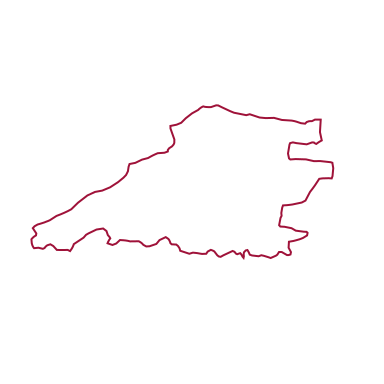 the district of Luncavita, Caras-Severin, Romania, rotated 299°
{"feature_id": "2599482B30693199299192", "entity_name": "Luncavita", "entity_type": "district", "adm_level": 2, "iso_a3": "ROU", "parent_name": "Romania", "parent_adm1": "Caras-Severin", "projection": "equal_earth", "projection_center": [22.223, 45.101], "detail": "fine", "context": "isolated", "style": "outline", "palette": "rose", "viewbox_px": 384, "rotation_deg": 299, "n_neighbors": 0, "source": "geoboundaries", "source_scale": "gbopen_adm2", "svg_char_len": 3471}
<svg xmlns="http://www.w3.org/2000/svg" viewBox="0 0 384 384"><g transform="rotate(299 192 192)"><path d="M288.0,204.8L285.5,202.2L281.7,190.3L281.2,186.0L280.9,181.6L280.6,177.2L280.4,172.9L279.5,171.1L275.5,167.5L274.5,165.8L273.6,164.0L272.8,162.2L272.3,160.3L271.3,159.6L270.3,159.0L269.2,158.5L268.1,158.0L266.9,157.7L260.8,153.9L253.5,150.8L247.3,149.0L243.4,145.9L239.3,141.1L237.1,142.4L229.4,151.1L226.4,152.7L224.7,152.9L222.2,152.4L219.2,150.8L217.1,150.5L215.7,151.2L213.0,148.9L209.3,143.2L207.2,141.6L205.0,140.0L202.7,138.5L200.4,137.1L196.1,132.6L190.0,128.3L186.2,123.8L183.4,124.3L179.1,125.9L174.9,126.1L171.2,125.1L164.7,122.5L156.4,118.1L149.7,112.8L145.0,107.1L138.3,102.2L127.4,97.5L118.4,94.8L115.0,92.6L111.7,90.2L108.5,87.7L105.4,85.1L98.5,81.4L96.9,80.2L95.4,78.9L93.9,77.7L92.4,76.3L90.5,74.5L88.7,72.7L85.7,70.9L83.2,70.3L80.3,75.9L78.4,76.6L77.8,76.2L77.1,75.9L76.4,75.5L75.7,75.2L75.0,75.0L74.3,74.8L73.6,74.6L72.8,74.5L69.5,76.7L68.7,77.5L67.9,78.3L67.3,79.2L66.7,80.1L66.3,81.1L68.8,84.7L70.0,89.1L71.5,90.2L72.4,90.3L73.3,90.5L74.2,90.8L75.1,91.2L75.7,91.7L77.6,93.5L77.5,96.9L75.8,101.9L77.1,104.3L78.4,106.7L79.7,109.0L81.1,111.4L81.2,114.0L82.2,114.1L83.2,114.2L84.2,114.3L85.2,114.3L86.1,114.3L87.1,114.2L88.1,114.1L89.1,113.9L99.5,119.3L103.2,120.1L105.7,121.6L112.9,126.7L117.0,132.0L116.4,136.1L113.5,139.3L112.6,141.8L111.8,143.0L110.4,142.8L109.0,142.8L107.6,142.8L106.2,143.0L107.1,148.1L110.2,150.7L115.1,152.3L115.5,153.2L116.5,155.3L117.4,157.4L118.2,159.6L118.8,161.8L123.1,169.3L123.1,170.7L123.0,172.2L122.7,173.6L122.2,175.0L122.2,178.4L124.0,181.2L129.3,186.0L134.2,186.9L139.8,190.9L139.5,194.1L139.0,195.2L138.3,196.2L137.6,197.1L136.8,197.9L136.4,199.6L138.4,203.7L138.0,205.9L136.7,208.4L134.9,210.2L136.7,219.6L139.4,222.2L140.3,224.3L141.2,226.5L141.9,228.6L142.7,230.8L144.9,234.4L147.5,234.6L150.5,236.5L150.7,237.5L150.8,238.5L150.9,239.5L150.8,240.4L148.9,244.8L148.6,246.7L149.2,248.5L151.8,250.1L160.1,256.1L160.3,258.1L159.4,260.4L159.5,261.7L161.9,263.8L161.6,264.7L161.1,265.7L160.6,266.6L160.0,267.4L159.4,269.0L161.0,268.5L161.8,267.9L162.6,267.4L163.5,267.0L164.4,266.7L166.9,267.3L168.1,268.6L167.5,269.7L166.8,270.8L166.0,271.9L165.2,272.9L165.6,275.3L168.1,281.4L170.3,283.3L171.0,285.7L171.5,288.0L172.0,290.4L172.4,292.8L177.0,296.3L178.5,297.0L181.7,297.2L183.0,299.6L182.9,305.7L183.3,306.4L183.7,307.1L184.3,307.7L184.9,308.2L185.1,308.4L187.4,307.7L190.1,303.5L195.5,300.9L198.4,304.5L200.2,306.4L201.5,307.7L202.8,309.0L204.2,310.2L205.7,311.4L209.8,313.7L212.3,312.9L212.7,311.5L211.5,309.1L208.5,301.5L208.6,296.6L206.4,289.7L204.6,286.0L205.2,284.3L212.2,282.0L214.6,281.9L216.9,280.3L222.0,278.5L224.4,278.1L225.5,279.8L226.5,281.4L227.7,283.1L228.8,284.6L229.7,285.8L236.0,293.1L239.5,295.4L249.3,295.2L253.3,295.8L257.3,296.3L261.2,296.6L265.2,296.9L267.1,299.4L268.7,302.1L270.3,304.8L271.6,307.6L274.0,307.2L281.3,304.0L285.6,300.6L285.3,298.9L281.2,289.1L278.1,283.7L275.8,275.9L271.0,266.6L268.1,262.2L268.4,260.6L272.2,257.3L280.7,254.3L282.3,254.1L284.3,256.2L285.4,259.7L289.3,269.2L293.6,273.0L294.4,274.6L294.2,275.3L294.2,276.0L294.2,276.7L294.3,277.4L295.8,278.1L297.2,278.8L298.6,279.6L300.0,280.5L306.4,274.9L317.7,269.5L315.0,264.5L312.2,262.6L310.7,260.1L308.8,258.4L306.6,257.8L305.0,253.9L304.6,251.7L304.2,249.5L303.7,247.4L303.0,245.2L302.7,244.4L298.6,235.7L296.6,227.8L292.4,220.7L289.9,215.0L288.0,204.8Z" fill="none" stroke="#9f1239" stroke-width="2"/></g></svg>